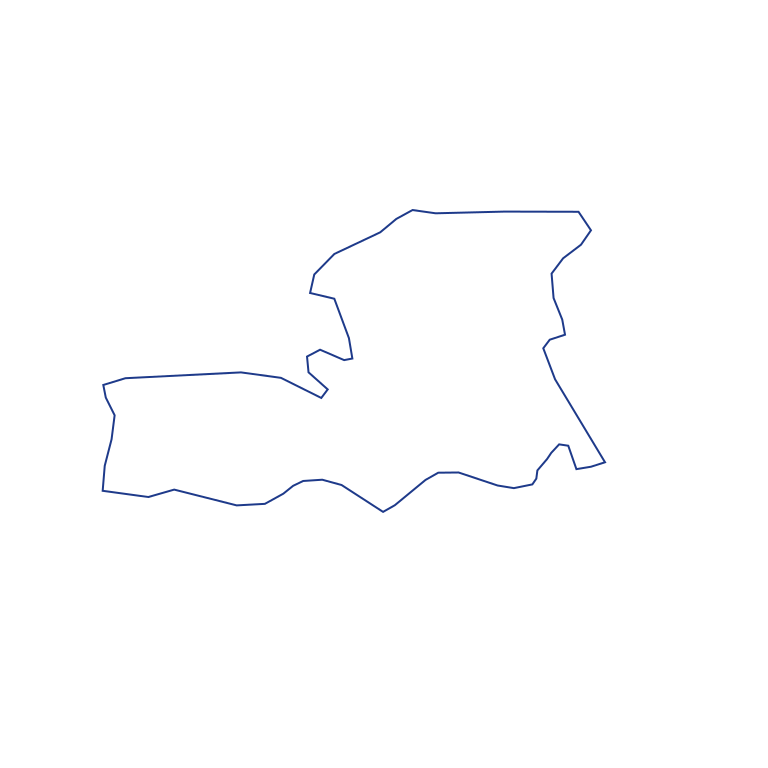 an SVG outline of Mangrove Cay, rotated 217°
{"feature_id": "BHS-5021", "entity_name": "Mangrove Cay", "entity_type": "District", "adm_level": 1, "iso_a3": "BHS", "parent_name": "The Bahamas", "parent_adm1": "", "projection": "albers", "projection_center": [-77.793, 24.142], "detail": "fine", "context": "isolated", "style": "outline", "palette": "blue", "viewbox_px": 768, "rotation_deg": 217, "n_neighbors": 0, "source": "natural_earth", "source_scale": "10m", "svg_char_len": 934}
<svg xmlns="http://www.w3.org/2000/svg" viewBox="0 0 768 768"><g transform="rotate(217 384 384)"><path d="M332.3,638.6L311.2,631.3L310.5,613.8L316.6,592.2L316.6,573.0L300.3,554.7L280.4,542.7L269.1,532.3L278.3,519.1L278.3,508.4L250.2,490.7L160.4,454.5L168.9,442.5L179.1,431.8L199.7,445.6L207.8,441.2L209.0,429.7L208.6,422.2L209.5,407.3L205.4,400.1L205.1,393.1L217.6,379.0L232.2,371.3L271.2,358.2L287.3,345.8L293.1,332.4L302.4,293.7L307.8,281.3L357.1,277.8L375.7,270.4L390.2,257.9L395.3,248.0L398.4,235.8L407.0,216.6L428.6,198.4L488.0,173.4L504.2,151.9L544.4,129.4L557.8,150.6L568.3,175.9L580.3,196.9L598.0,205.7L607.6,214.3L594.0,233.0L505.2,307.2L470.0,326.9L425.7,335.1L425.7,345.8L451.3,347.9L462.0,359.6L455.7,372.9L430.2,379.1L424.6,385.3L439.6,399.5L475.0,422.2L497.8,412.2L505.6,429.5L501.9,458.0L478.3,502.9L473.5,523.3L465.9,540.1L445.5,551.4L391.4,594.3L332.3,638.6Z" fill="none" stroke="#1e3a8a" stroke-width="2"/></g></svg>